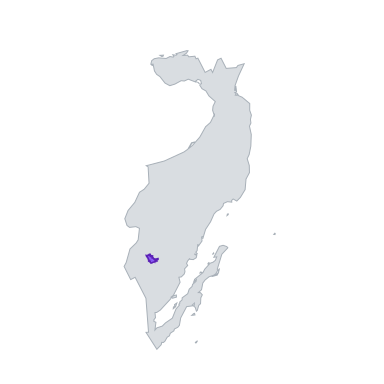 Namiquipa, Chihuahua, Mexico (highlighted), rotated 243°
{"feature_id": "50627088B12522207625024", "entity_name": "Namiquipa", "entity_type": "district", "adm_level": 2, "iso_a3": "MEX", "parent_name": "Mexico", "parent_adm1": "Chihuahua", "projection": "equal_earth", "projection_center": [-107.153, 29.163], "detail": "fine", "context": "in_parent", "style": "filled", "palette": "violet", "viewbox_px": 384, "rotation_deg": 243, "n_neighbors": 0, "source": "geoboundaries", "source_scale": "gbopen_adm2", "svg_char_len": 5706}
<svg xmlns="http://www.w3.org/2000/svg" viewBox="0 0 384 384"><g transform="rotate(243 192 192)"><path d="M67.8,89.3L87.8,87.3L86.8,89.6L118.2,102.7L141.8,102.6L141.8,97.6L156.5,97.7L159.0,101.3L169.4,110.9L171.9,119.1L173.8,122.3L183.5,128.7L186.6,126.3L188.8,120.3L191.7,118.9L198.7,120.0L204.6,126.7L208.7,136.3L215.6,145.1L216.2,150.7L219.3,157.7L234.3,164.3L236.2,163.2L232.2,181.3L231.3,203.0L232.0,207.7L236.1,214.0L235.3,217.4L235.5,214.0L232.2,208.6L233.3,213.6L237.4,223.9L244.0,233.8L245.6,240.0L250.3,246.3L249.0,246.1L251.6,247.7L250.8,246.7L255.5,247.5L258.9,249.7L262.0,253.8L269.9,250.7L275.7,250.3L279.5,247.8L283.6,247.4L284.4,248.3L284.2,249.6L287.5,250.4L289.7,248.4L289.0,245.2L288.0,246.0L288.2,245.3L294.2,239.9L294.4,235.5L296.1,232.9L295.9,225.8L296.8,220.5L301.3,217.4L309.4,215.8L312.9,213.9L316.9,213.5L323.6,215.4L324.0,214.2L322.3,214.2L324.5,213.3L327.3,215.7L327.9,218.8L326.7,223.1L322.7,229.6L322.7,233.9L320.7,236.5L321.1,237.5L323.0,237.2L321.1,239.9L321.2,241.0L322.5,240.6L320.3,251.6L319.6,252.6L318.2,250.1L317.7,246.0L315.9,250.2L313.9,250.5L311.7,256.2L308.8,256.1L308.6,258.0L292.6,258.0L292.7,264.6L289.1,264.6L298.1,274.8L298.0,278.6L286.6,278.6L282.7,288.0L283.9,290.4L282.6,296.7L274.2,286.0L267.4,278.8L263.3,276.1L262.8,276.8L266.6,279.2L260.8,277.1L261.1,275.3L259.6,276.0L258.6,274.5L257.6,276.2L259.5,277.0L256.6,277.3L253.7,279.7L244.6,283.6L238.6,280.5L233.5,279.8L230.1,277.0L226.7,275.8L224.6,273.1L216.3,270.9L206.1,265.2L199.4,259.9L196.6,256.3L189.7,255.1L183.2,252.0L179.0,246.0L170.0,240.4L165.2,232.6L163.6,227.8L167.1,225.5L166.5,223.5L164.9,222.8L167.3,219.2L167.5,214.9L165.6,213.4L163.7,209.1L163.7,205.1L162.4,201.6L157.1,195.1L152.5,187.1L145.4,180.3L147.4,181.6L147.6,180.1L143.8,178.7L141.0,173.3L142.9,173.5L137.4,169.9L136.7,168.1L134.6,168.7L134.2,167.9L135.8,165.8L133.2,167.4L131.5,165.9L131.2,162.4L133.2,159.3L133.9,159.9L132.5,156.7L130.8,154.7L128.5,154.8L126.9,150.5L124.1,149.5L122.4,147.7L121.2,143.9L122.0,141.6L117.0,140.4L108.4,128.5L107.9,125.7L106.6,124.8L101.2,110.2L100.7,105.8L101.4,104.3L96.6,102.4L95.5,100.1L94.0,99.3L92.3,100.7L85.8,96.3L86.9,99.1L86.0,104.6L87.4,108.9L88.5,117.2L95.0,124.6L97.0,129.5L98.0,129.3L98.5,130.8L99.5,131.0L100.4,134.2L102.2,135.2L103.3,142.0L106.7,145.4L107.8,149.2L109.4,150.5L110.5,155.0L111.9,156.1L111.1,152.7L113.0,154.7L115.2,165.2L117.4,168.2L120.3,175.8L119.9,179.0L120.5,181.8L123.0,184.6L123.9,181.8L131.1,191.8L130.4,195.5L127.6,198.2L126.0,198.6L123.0,190.3L111.7,179.4L110.7,179.5L108.4,176.1L108.0,173.8L108.7,168.6L107.7,163.8L106.0,160.3L100.6,156.1L99.5,152.0L98.5,153.8L95.7,154.5L93.7,151.8L88.6,148.9L87.9,146.5L84.1,143.0L83.8,141.8L87.7,142.5L90.0,141.5L90.0,142.6L91.9,143.7L91.2,140.9L90.3,140.8L92.3,135.2L85.0,124.8L78.9,120.2L77.9,117.9L77.9,114.1L76.5,112.8L76.0,108.5L74.1,106.6L73.9,104.0L71.3,100.0L70.9,98.1L71.8,96.8L69.9,95.2L67.8,89.3ZM108.0,128.7L107.3,131.3L105.4,130.4L106.2,126.4L107.4,126.0L108.0,128.7ZM100.0,128.1L97.2,125.3L96.5,122.3L97.9,123.2L98.2,124.9L99.6,125.3L100.0,128.1ZM326.9,228.7L326.1,227.8L326.4,226.6L328.3,225.5L326.9,228.7ZM108.5,179.5L106.5,176.7L107.7,171.0L107.4,176.1L108.5,179.5ZM82.7,139.2L81.1,138.8L82.2,135.8L82.9,138.1L82.7,139.2ZM57.0,129.4L55.7,127.4L56.0,126.6L56.5,126.7L57.0,129.4ZM110.2,179.6L111.4,181.8L108.9,179.6L110.2,179.6ZM156.3,213.5L156.0,214.4L155.4,214.0L155.1,212.5L156.3,213.5ZM121.1,173.8L121.6,175.5L120.2,173.3L121.1,173.8ZM116.2,162.3L116.9,163.1L115.8,164.7L116.2,162.3ZM117.7,247.1L117.2,247.3L116.4,246.6L117.1,245.6L117.7,247.1ZM286.4,247.4L285.0,247.8L287.4,246.8L286.4,247.4ZM127.9,183.6L127.2,183.4L127.1,181.8L127.9,183.6Z" fill="#d9dde1" stroke="#a8b0b8" stroke-width="1"/><path d="M149.2,127.8L149.8,127.9L150.0,127.4L150.5,127.4L150.6,127.5L151.0,127.5L151.0,127.4L151.0,127.2L151.3,126.8L151.3,126.5L151.5,126.5L151.4,127.0L151.9,127.4L152.0,127.4L152.3,127.5L152.6,127.3L153.0,127.8L153.6,127.1L153.4,126.4L153.6,126.3L153.9,126.3L153.8,125.7L153.5,125.8L153.4,125.8L153.4,125.7L154.4,125.6L154.6,125.7L154.6,125.8L154.7,126.0L154.8,126.1L155.0,126.1L155.1,126.4L155.3,126.4L155.4,126.5L155.5,126.5L155.7,126.4L155.8,125.6L155.4,125.6L155.5,125.0L155.6,124.7L155.3,124.7L155.4,124.4L155.3,124.2L155.4,123.9L155.4,123.7L155.4,123.4L155.7,123.4L155.7,122.7L156.1,122.6L156.3,122.4L156.0,122.3L155.8,122.4L155.7,122.4L154.9,122.3L154.7,122.4L154.6,122.5L154.4,122.6L154.2,122.6L154.1,122.8L153.9,122.8L153.9,122.7L153.7,122.6L153.4,122.5L153.2,122.6L153.1,122.8L152.9,122.9L152.7,122.8L152.1,122.8L151.9,122.5L151.7,122.5L151.4,122.6L151.2,122.7L151.3,122.6L151.3,122.4L151.2,122.3L150.4,122.5L150.3,122.4L150.3,122.5L150.2,122.4L150.1,122.5L150.1,122.4L149.9,122.4L149.8,122.5L149.7,122.5L149.4,122.5L149.2,122.5L148.9,122.7L149.0,122.7L148.9,122.8L148.9,123.0L148.9,122.9L148.9,123.0L148.8,122.9L148.7,122.9L148.3,122.9L148.2,123.0L147.9,123.2L147.7,123.2L147.7,123.3L147.4,123.5L147.4,123.4L147.2,123.3L147.0,124.2L147.0,124.3L147.0,124.6L147.1,125.1L147.1,125.4L147.0,125.6L146.8,127.2L146.9,127.3L146.7,127.3L146.8,127.4L146.7,127.5L146.7,127.8L146.8,127.8L147.0,127.9L147.0,128.0L147.1,128.3L147.1,128.5L147.0,128.8L147.2,129.0L146.9,129.3L147.0,129.3L147.0,129.5L146.9,129.5L147.0,129.6L147.1,129.8L147.3,129.8L147.3,130.0L147.6,129.8L147.8,129.8L147.9,130.1L147.6,130.4L147.4,130.9L147.5,131.0L147.6,131.4L148.1,131.5L148.1,131.4L148.1,131.2L148.3,131.0L148.3,130.9L148.2,130.7L148.3,130.7L148.3,130.4L148.2,130.2L148.2,129.7L148.4,129.7L148.3,129.3L148.1,129.3L148.1,129.0L148.3,129.0L148.3,128.7L148.5,128.7L148.8,128.7L149.0,128.8L149.1,128.6L149.1,128.4L149.0,128.2L148.9,128.1L149.1,128.1L149.2,127.8Z" fill="#8b5cf6" stroke="#5b21b6" stroke-width="1.5"/></g></svg>